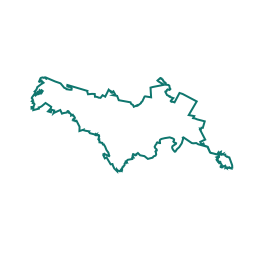 the district of San Juan Bautista Tuxtepec, Oaxaca, Mexico, rotated 149°
{"feature_id": "50627088B4470320076946", "entity_name": "San Juan Bautista Tuxtepec", "entity_type": "district", "adm_level": 2, "iso_a3": "MEX", "parent_name": "Mexico", "parent_adm1": "Oaxaca", "projection": "albers", "projection_center": [-96.099, 18.051], "detail": "fine", "context": "isolated", "style": "outline", "palette": "teal", "viewbox_px": 256, "rotation_deg": 149, "n_neighbors": 0, "source": "geoboundaries", "source_scale": "gbopen_adm2", "svg_char_len": 5761}
<svg xmlns="http://www.w3.org/2000/svg" viewBox="0 0 256 256"><g transform="rotate(149 128 128)"><path d="M180.3,213.6L179.9,213.0L179.5,213.1L178.3,214.0L177.8,213.3L177.9,213.0L177.7,213.0L177.9,211.5L177.7,211.6L177.8,211.5L177.4,211.4L177.1,210.3L179.9,210.3L184.8,209.7L185.1,209.2L185.6,209.0L186.7,208.1L189.3,207.3L188.9,206.4L189.3,205.8L189.1,205.1L187.4,204.6L187.0,204.9L186.9,204.8L186.7,205.2L186.4,205.1L186.4,205.4L185.7,205.2L184.8,205.3L184.2,205.9L183.6,204.5L182.6,204.9L182.1,203.6L183.1,203.3L183.2,203.0L184.1,202.5L184.9,202.3L185.4,203.7L187.0,203.0L189.1,203.8L190.6,203.5L190.9,205.2L194.7,203.6L195.1,203.2L194.9,201.6L195.4,201.1L195.3,200.7L196.6,200.4L195.8,199.0L196.8,198.3L196.1,197.7L195.8,197.2L196.0,196.4L197.3,195.6L197.8,195.0L198.3,194.9L199.9,195.7L200.6,194.4L199.9,194.3L199.8,194.6L198.7,194.0L200.0,192.1L194.4,190.5L194.0,191.6L192.7,191.2L190.8,191.1L185.8,191.9L182.9,185.7L184.2,184.5L188.0,183.4L186.0,181.2L184.1,183.0L182.2,181.0L184.3,179.0L183.7,179.1L176.8,178.3L177.2,174.3L175.6,174.0L172.5,172.8L171.1,173.6L170.4,173.1L170.3,172.3L170.6,171.8L170.4,171.5L170.7,171.3L170.4,170.9L170.3,171.0L169.8,169.3L169.9,168.6L170.2,168.2L169.7,168.2L169.7,167.9L168.5,167.8L168.5,167.4L168.8,167.3L168.7,166.7L168.2,165.9L168.3,164.0L170.6,163.7L170.4,162.3L170.6,162.3L170.2,161.9L169.8,162.0L169.1,161.3L169.3,160.9L168.4,160.7L168.9,154.0L171.2,150.4L167.2,149.5L167.5,149.3L165.7,147.4L163.2,145.3L163.6,145.2L163.3,143.1L159.6,139.4L158.7,139.7L158.4,139.4L158.7,139.6L159.0,139.4L159.1,138.7L158.8,138.7L159.3,138.4L159.0,138.1L157.9,138.0L157.6,137.3L157.4,137.5L157.0,137.3L157.1,136.8L156.7,136.9L156.6,136.6L157.2,136.0L157.1,135.6L159.0,133.8L158.6,133.3L159.1,133.1L158.9,132.4L159.3,132.0L159.2,131.2L159.8,130.4L158.7,129.5L158.6,129.1L157.7,128.5L158.0,126.9L157.9,126.6L157.2,126.4L157.2,123.8L157.8,120.1L157.5,117.1L158.4,113.9L158.3,113.0L161.4,117.6L161.5,118.1L162.5,118.2L162.6,117.1L163.2,117.2L163.5,113.9L161.5,113.8L161.6,105.8L159.9,105.1L160.3,103.4L160.6,100.4L159.6,96.4L158.9,97.7L158.8,96.8L158.6,96.9L158.5,96.4L157.8,95.9L157.6,95.4L157.2,95.1L156.8,95.3L156.2,95.1L155.9,94.7L155.8,95.0L155.7,94.8L155.4,95.0L155.2,94.8L154.9,95.3L154.6,95.2L154.1,96.1L154.2,96.4L153.4,96.7L153.0,97.2L152.0,97.2L151.7,97.6L151.1,97.6L150.0,98.0L149.3,99.2L148.2,99.6L148.0,99.8L147.7,99.7L147.5,100.0L147.3,99.8L147.2,100.0L147.1,99.8L147.1,99.4L146.8,99.6L146.6,99.3L146.5,99.8L145.9,100.5L145.0,100.8L144.4,100.8L140.3,99.2L139.7,100.4L138.5,99.8L138.5,101.7L137.1,103.0L136.6,102.7L136.5,101.9L135.8,100.8L135.4,100.6L134.7,100.7L134.6,101.1L134.1,101.5L133.1,101.2L132.4,101.4L131.7,98.4L128.4,95.4L126.9,91.3L122.2,89.9L120.7,90.5L118.7,90.1L117.5,90.8L116.7,92.6L116.6,93.7L116.0,94.0L115.2,93.8L114.8,94.0L114.5,94.9L115.0,96.6L114.9,98.1L113.0,99.3L111.6,99.8L110.8,100.6L110.2,100.6L109.0,99.0L108.3,98.6L107.9,99.3L107.5,100.5L106.8,101.2L106.4,101.4L105.0,101.4L101.8,100.4L97.1,98.5L95.2,96.3L94.4,94.9L94.5,94.2L95.0,93.6L96.1,93.1L96.1,92.8L95.9,91.9L94.8,90.6L94.6,90.1L95.0,89.7L99.2,89.5L100.0,88.9L100.4,88.1L100.6,86.5L100.2,83.7L99.5,83.4L97.0,84.6L93.9,85.2L89.8,87.2L86.3,90.4L86.0,91.5L85.3,91.4L81.1,82.3L80.0,81.3L77.2,79.9L76.2,77.9L69.6,70.9L70.3,64.8L69.9,64.0L68.2,62.4L65.4,59.5L64.4,59.6L63.7,60.0L63.3,59.3L63.9,58.8L63.1,58.4L63.8,58.3L63.7,57.9L64.6,57.5L64.6,56.9L64.9,56.3L65.3,56.5L65.3,57.0L67.1,57.3L66.7,56.3L66.7,55.5L67.4,55.5L67.4,55.2L68.4,55.3L68.7,54.7L69.2,54.7L67.9,54.1L67.7,53.6L68.1,52.8L67.8,52.7L67.9,52.3L66.5,51.8L66.3,51.4L66.4,51.1L67.1,51.1L67.7,50.7L66.7,50.0L66.6,48.1L67.1,47.6L67.7,47.6L67.7,47.2L68.5,47.2L68.7,46.8L67.9,45.9L67.6,46.1L67.1,45.8L67.0,46.0L65.9,46.2L64.8,45.5L64.1,45.6L64.1,45.0L64.7,44.2L64.3,44.3L64.1,43.8L64.2,43.3L64.4,43.8L64.4,43.0L63.5,42.8L63.4,42.7L63.8,42.5L63.5,42.3L63.1,42.4L62.7,42.2L62.4,42.5L61.9,41.9L61.4,42.0L61.2,41.0L60.6,40.4L60.6,40.8L60.2,40.8L59.7,40.3L59.1,40.2L57.9,42.4L56.3,50.6L57.0,51.1L57.4,52.2L58.0,52.3L58.1,52.5L58.8,53.9L58.4,54.9L58.6,54.9L59.6,56.0L60.1,56.2L60.1,56.6L60.4,56.7L60.2,56.8L61.7,56.9L62.1,57.4L61.4,58.9L60.7,59.7L63.4,59.9L63.3,60.4L64.4,59.8L65.4,59.7L69.8,64.1L70.1,65.2L69.3,70.8L72.2,74.4L71.4,75.1L71.3,75.9L73.2,76.0L73.5,76.4L73.2,78.9L67.8,78.3L67.1,89.5L66.6,89.3L66.5,89.9L66.3,89.6L65.9,89.6L64.9,90.4L63.8,89.6L58.8,94.2L64.3,99.8L65.7,101.7L67.1,102.9L65.1,104.1L69.3,107.8L55.4,115.4L63.7,129.1L65.8,131.5L74.9,126.0L76.0,127.3L77.3,128.1L77.5,129.1L77.2,129.3L73.8,130.3L75.3,132.1L75.8,133.6L76.3,133.5L76.9,135.2L77.6,136.1L77.4,139.8L77.0,140.1L76.0,139.7L75.1,140.5L74.2,140.7L72.9,139.3L71.8,139.4L71.5,140.0L71.7,140.7L70.8,143.0L71.2,144.1L73.4,145.7L72.7,146.7L73.1,147.6L72.7,147.8L73.6,149.4L73.3,150.0L73.5,151.0L73.3,151.6L74.3,153.2L73.9,153.4L74.2,153.9L74.5,154.2L78.3,153.5L78.0,152.4L75.1,146.9L75.2,146.6L85.7,150.4L87.9,151.0L92.4,142.4L97.0,146.3L97.6,146.4L102.1,143.4L103.6,143.2L104.2,142.6L108.2,142.2L108.7,142.3L108.5,142.8L112.1,143.2L111.9,145.3L112.7,146.6L112.9,147.4L112.6,148.7L121.6,156.6L120.8,161.1L124.0,163.9L122.1,163.5L121.9,163.0L121.7,163.0L121.6,167.0L123.0,166.9L123.1,167.1L123.2,166.6L123.0,166.4L123.3,166.3L124.0,166.8L124.8,170.8L131.4,166.6L132.9,169.2L136.0,168.0L137.7,169.3L137.9,169.8L139.1,171.1L140.2,171.8L139.0,174.3L141.3,175.8L144.9,177.5L144.2,180.3L143.7,180.7L157.8,196.1L158.5,195.3L158.0,194.1L157.2,193.5L156.9,193.6L156.0,192.7L155.9,190.9L156.3,190.1L156.4,189.8L156.2,189.7L156.3,189.7L157.2,190.2L157.9,190.6L160.7,192.9L160.5,193.3L160.8,193.9L161.9,195.2L162.8,200.8L163.3,201.6L166.5,205.4L172.0,213.0L172.3,212.2L172.7,212.2L173.4,214.2L173.7,214.5L174.4,214.4L175.3,215.4L176.8,215.8L177.4,215.7L180.3,213.6Z" fill="none" stroke="#0f766e" stroke-width="2"/></g></svg>